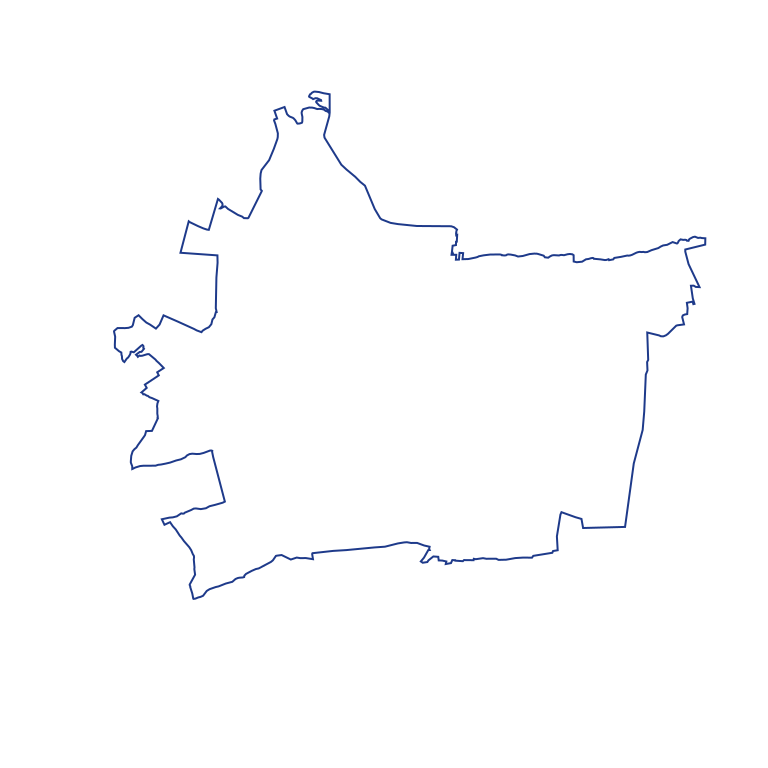 the district of Beresti, Galati, Romania, rotated 287°
{"feature_id": "2599482B76512347370212", "entity_name": "Beresti", "entity_type": "district", "adm_level": 2, "iso_a3": "ROU", "parent_name": "Romania", "parent_adm1": "Galati", "projection": "equal_earth", "projection_center": [27.864, 46.092], "detail": "fine", "context": "isolated", "style": "outline", "palette": "blue", "viewbox_px": 768, "rotation_deg": 287, "n_neighbors": 0, "source": "geoboundaries", "source_scale": "gbopen_adm2", "svg_char_len": 6166}
<svg xmlns="http://www.w3.org/2000/svg" viewBox="0 0 768 768"><g transform="rotate(287 384 384)"><path d="M158.5,306.7L159.9,306.5L162.1,307.6L166.6,312.1L169.6,315.6L171.0,318.1L180.8,327.9L182.9,329.3L188.0,330.9L188.5,331.7L190.5,336.1L188.9,346.2L192.5,351.3L193.0,354.9L194.7,360.2L195.7,367.3L200.4,365.0L201.3,365.1L209.5,384.1L214.1,396.4L225.1,423.1L228.7,432.5L235.6,443.9L238.4,449.6L239.4,452.2L239.9,456.4L241.7,462.1L241.3,469.6L241.7,475.2L239.4,475.4L238.6,476.2L238.1,474.9L229.6,473.0L225.1,471.1L224.4,473.3L226.4,477.5L228.4,478.1L233.5,481.6L234.6,486.4L231.3,487.9L232.2,491.4L232.5,495.5L229.9,495.7L232.3,500.4L235.6,500.8L236.3,503.6L235.9,503.8L237.6,511.2L239.0,512.0L241.7,521.2L243.1,521.0L243.3,523.0L246.4,529.6L246.8,533.0L249.7,542.4L249.3,545.0L251.7,552.2L255.9,560.4L258.6,567.6L261.2,576.3L263.3,577.0L271.8,594.3L273.7,594.5L275.8,598.7L288.8,593.9L310.7,590.9L313.3,591.2L312.6,606.1L312.7,612.3L304.5,616.5L317.8,656.3L381.0,646.1L415.7,644.8L433.8,640.9L469.6,631.6L474.0,632.0L481.9,629.2L484.3,629.6L510.2,620.7L510.9,632.9L510.6,634.9L511.3,637.3L513.0,639.4L515.0,640.9L525.2,646.4L525.9,647.4L528.7,653.5L535.2,649.6L536.9,649.7L538.3,651.2L539.5,653.5L545.2,652.2L550.2,649.9L553.0,655.1L550.8,656.5L551.4,657.5L556.1,654.3L567.7,648.8L568.6,651.4L568.0,653.8L568.9,657.4L587.7,640.2L598.7,633.4L600.7,632.8L611.2,650.4L617.3,648.7L616.5,645.3L616.4,643.7L615.5,641.6L615.8,638.3L614.8,636.5L612.4,634.1L611.5,633.5L610.0,633.4L609.6,631.8L610.1,631.2L610.0,629.8L609.3,628.0L609.0,625.3L606.9,624.0L604.8,623.7L604.0,623.1L604.1,618.5L599.9,614.1L598.1,610.4L596.3,608.4L594.2,606.6L590.2,600.7L587.2,597.2L586.3,595.0L586.2,593.5L585.5,591.8L585.1,589.8L584.3,588.3L583.4,587.0L580.1,583.5L578.9,581.8L578.2,580.3L578.0,579.1L574.9,573.5L571.9,567.4L570.2,566.8L568.2,563.0L569.0,562.3L567.6,560.3L567.1,559.0L566.5,554.7L565.1,548.0L565.6,547.5L565.5,546.5L564.7,545.0L563.4,543.1L562.3,540.7L558.9,537.7L556.8,532.7L556.6,529.6L562.6,527.7L563.1,526.3L562.7,523.8L561.8,521.7L559.8,518.5L559.4,516.2L559.0,515.1L558.1,513.8L556.9,508.8L556.1,507.1L554.7,505.6L552.8,504.1L552.2,500.8L553.4,499.2L553.4,493.5L553.3,492.0L552.6,489.5L550.8,485.2L547.0,479.3L545.1,474.9L545.3,471.8L544.8,467.3L544.3,465.0L543.8,464.0L542.7,463.0L542.1,461.5L541.6,459.1L541.9,458.9L541.8,457.1L538.9,447.8L536.2,441.7L533.9,437.4L532.8,436.3L531.7,434.6L528.2,428.2L526.3,422.6L532.3,421.4L531.5,417.9L524.9,419.3L523.9,416.4L528.7,415.3L527.3,410.8L528.5,410.6L528.9,411.8L530.1,410.8L529.9,410.4L536.3,409.2L537.9,412.2L541.1,411.3L541.4,412.0L547.9,410.4L547.3,409.6L549.1,408.9L549.2,409.1L551.3,408.5L553.0,408.7L554.4,405.1L554.5,402.1L544.7,369.2L541.0,350.6L540.0,343.2L540.7,333.6L541.4,331.9L548.6,324.0L568.1,307.8L570.4,302.1L573.7,296.0L578.1,285.5L581.2,279.1L602.2,255.1L604.7,253.9L624.0,253.4L627.7,252.7L645.2,247.3L644.4,241.2L644.2,236.4L643.4,232.4L642.9,231.3L641.3,229.8L640.2,229.4L639.4,228.6L637.2,228.2L636.7,228.6L636.1,232.0L635.7,232.9L637.3,234.9L637.7,236.6L637.1,240.8L636.5,241.1L635.8,238.1L635.1,236.8L634.0,236.6L633.5,237.0L631.6,240.3L631.2,241.5L630.8,245.7L631.1,247.2L629.2,251.3L627.3,251.9L628.1,250.5L628.1,248.2L628.8,246.7L628.8,244.5L628.2,241.7L627.4,239.7L627.5,236.6L627.3,234.5L626.5,231.6L623.2,226.4L621.6,225.9L619.8,225.8L618.6,226.2L615.5,227.9L611.3,229.1L610.0,229.2L609.2,228.3L608.4,227.0L607.7,225.2L607.8,224.8L610.3,222.1L611.5,220.1L611.9,219.0L612.2,215.6L612.6,214.4L613.7,212.4L619.8,207.9L613.3,199.3L606.6,204.2L605.0,201.8L603.9,201.8L600.9,204.1L592.7,209.2L589.1,210.2L587.1,210.4L576.7,209.9L564.5,208.7L552.8,204.3L549.2,204.5L544.3,205.6L534.0,209.1L533.0,210.7L532.6,210.7L503.3,205.8L502.7,205.3L501.7,201.6L502.6,199.4L503.0,194.8L505.8,183.7L507.4,180.4L506.9,179.2L504.1,176.5L504.0,175.9L506.4,177.1L507.6,177.3L508.8,177.0L509.8,176.2L512.0,172.3L512.4,171.1L480.2,171.4L479.9,169.4L480.0,165.7L480.6,160.1L482.0,151.0L482.5,149.7L450.0,151.0L458.3,187.1L451.3,189.4L436.8,192.6L407.3,201.0L403.9,202.9L403.6,202.2L398.2,202.3L395.6,201.1L390.7,201.4L387.1,199.9L384.7,197.3L382.0,195.0L380.2,194.3L380.5,189.2L381.1,186.2L383.4,168.5L385.2,153.1L375.2,152.0L370.3,149.7L372.4,142.9L373.3,138.7L375.4,134.1L378.0,129.2L374.4,126.2L366.9,126.6L365.1,126.1L363.0,123.2L361.7,119.9L359.6,112.8L356.0,110.5L355.2,110.5L350.6,113.1L342.9,115.1L340.0,116.1L337.9,121.0L337.3,123.6L335.0,124.5L334.1,125.2L331.4,126.2L329.6,127.9L329.1,129.3L333.1,130.6L334.6,131.6L337.4,132.4L339.0,132.6L340.7,132.3L341.1,132.9L341.2,135.5L349.6,140.6L350.7,141.6L350.1,142.7L349.1,143.2L348.2,143.2L347.5,144.2L343.9,142.7L343.2,141.0L339.5,138.3L338.7,139.9L338.0,140.7L339.7,141.8L339.7,143.0L340.4,144.6L343.1,148.6L343.6,149.6L343.8,150.6L340.5,158.4L339.7,159.5L338.2,162.7L334.9,168.7L328.9,163.7L326.4,166.1L313.5,155.5L310.9,158.2L305.0,154.5L304.8,155.6L303.7,156.8L304.2,157.9L303.5,160.5L303.6,161.6L302.8,163.6L302.7,166.3L301.8,173.2L299.2,173.0L296.2,173.5L294.3,174.4L289.3,175.9L286.9,177.1L285.4,177.3L285.2,177.8L271.3,175.8L269.4,170.3L265.3,170.4L263.6,169.9L253.6,166.5L250.8,165.8L248.7,164.4L246.1,163.3L241.4,163.3L236.0,164.5L234.8,164.9L231.7,167.3L229.1,168.1L231.5,170.7L234.2,174.7L235.4,177.6L239.1,189.4L240.7,191.7L241.8,194.3L244.0,198.4L246.3,202.4L250.1,207.6L252.6,211.8L255.9,215.4L258.1,216.5L260.1,218.5L261.3,221.0L262.3,225.5L263.3,228.3L265.3,231.6L269.5,237.1L269.9,238.2L269.9,239.3L268.8,239.5L264.2,242.0L225.0,266.2L223.3,264.4L219.1,257.9L216.1,252.9L213.1,250.0L210.8,245.4L210.0,240.5L209.2,238.5L207.0,236.3L202.7,231.1L201.7,230.6L201.2,229.6L201.0,227.9L196.9,224.6L194.7,221.0L193.5,217.9L189.7,211.1L185.2,215.2L189.3,219.8L186.2,223.7L184.0,227.4L179.3,233.0L178.0,235.1L175.3,238.6L171.0,245.5L168.7,248.2L165.4,250.9L164.1,252.4L162.8,253.0L160.6,253.4L153.2,256.4L151.6,256.7L146.4,259.1L135.4,256.8L134.4,257.3L133.9,257.9L133.1,258.1L127.6,261.9L122.9,264.4L122.8,264.7L123.7,266.5L125.6,268.8L126.7,270.7L128.6,272.9L134.3,275.0L136.8,277.2L140.6,282.4L142.1,285.0L146.9,291.0L150.5,296.8L154.1,299.0L155.7,300.9L156.5,302.4L157.7,305.5L158.5,306.7Z" fill="none" stroke="#1e3a8a" stroke-width="2"/></g></svg>